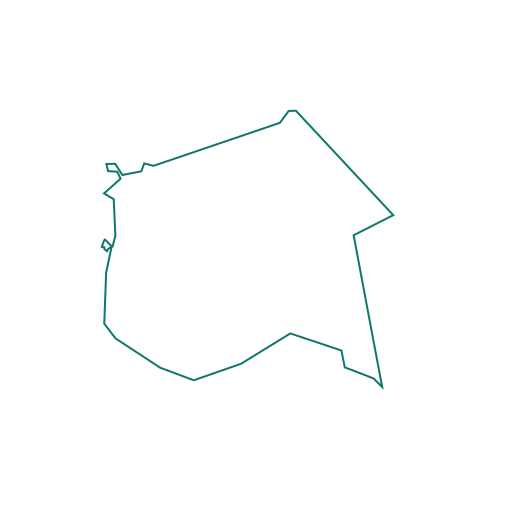 Lincoln, Kentucky, United States of America (Natural Earth projection), rotated 301°
{"feature_id": "52423323B85940077670838", "entity_name": "Lincoln", "entity_type": "district", "adm_level": 2, "iso_a3": "USA", "parent_name": "United States of America", "parent_adm1": "Kentucky", "projection": "natural_earth1", "projection_center": [-84.689, 37.439], "detail": "fine", "context": "isolated", "style": "outline", "palette": "teal", "viewbox_px": 512, "rotation_deg": 301, "n_neighbors": 0, "source": "geoboundaries", "source_scale": "gbopen_adm2", "svg_char_len": 652}
<svg xmlns="http://www.w3.org/2000/svg" viewBox="0 0 512 512"><g transform="rotate(301 256 256)"><path d="M361.7,352.6L401.1,215.3L397.1,209.3L382.5,207.9L280.5,121.7L277.8,112.5L269.5,114.1L256.6,99.7L262.5,87.8L257.8,80.4L252.6,85.5L256.8,93.7L252.5,100.1L231.4,93.5L231.4,104.8L201.0,125.0L190.3,128.2L189.8,127.5L191.7,120.7L192.3,118.0L190.9,117.8L184.4,119.1L185.4,121.3L183.8,122.6L183.4,125.8L186.2,125.7L189.4,127.5L164.6,136.1L119.8,160.8L113.0,178.1L110.9,231.5L117.4,266.6L155.8,298.6L207.3,325.3L219.0,377.9L206.3,389.4L211.6,419.9L208.7,431.6L311.7,340.0L324.1,329.0L361.7,352.6Z" fill="none" stroke="#0f766e" stroke-width="2"/></g></svg>